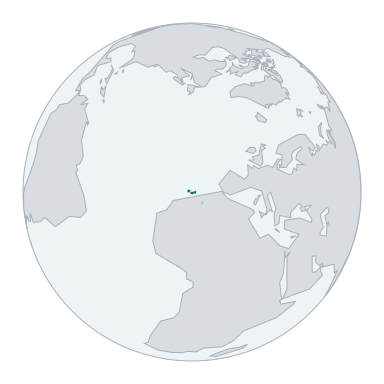 the Earth from above Las Palmas, rotated 46°
{"feature_id": "ESP-5829", "entity_name": "Las Palmas", "entity_type": "Autonomous Community", "adm_level": 1, "iso_a3": "ESP", "parent_name": "Spain", "parent_adm1": "", "projection": "orthographic", "projection_center": [-14.437, 28.512], "detail": "fine", "context": "on_globe", "style": "filled", "palette": "teal", "viewbox_px": 384, "rotation_deg": 46, "n_neighbors": 0, "source": "natural_earth", "source_scale": "10m", "svg_char_len": 10277}
<svg xmlns="http://www.w3.org/2000/svg" viewBox="0 0 384 384"><g transform="rotate(46 192 192)"><circle cx="192" cy="192" r="169" fill="#eef3f6" stroke="#a8b0b8"/><path d="M139.5,31.4L137.8,32.0L139.0,31.8L144.8,29.8L147.3,29.2L151.6,28.1L154.0,27.7L150.6,29.2L152.1,29.1L156.1,27.8L161.1,26.9L155.0,28.8L163.1,27.7L158.9,31.0L140.5,38.1L140.3,41.2L127.2,52.5L130.6,51.8L127.8,56.3L130.7,57.3L127.5,59.5L132.6,58.4L135.0,56.2L138.1,55.1L140.0,55.6L136.2,58.4L134.7,58.6L134.6,59.7L131.8,61.0L134.3,60.7L129.4,64.3L137.0,61.6L135.5,65.3L131.5,67.5L128.3,66.1L111.1,69.2L106.1,71.9L102.2,76.6L102.6,87.5L98.5,91.3L95.7,97.3L99.6,95.5L103.2,90.3L109.7,89.0L113.3,83.3L116.5,82.1L121.7,77.1L124.7,79.4L124.9,84.4L120.8,88.7L120.7,91.2L127.8,88.6L123.1,98.7L125.3,109.2L123.6,112.0L114.8,114.0L106.9,109.7L95.4,114.1L106.7,113.0L102.4,120.6L103.4,122.8L105.9,123.6L109.0,121.6L108.4,124.8L96.9,126.6L97.3,123.7L101.0,123.0L97.2,121.2L89.5,123.3L87.9,127.5L77.9,127.7L76.6,130.8L73.7,132.8L76.4,127.7L71.4,137.2L59.4,141.6L52.4,158.5L55.1,142.6L53.4,138.4L50.8,135.3L49.5,137.9L47.8,131.3L43.1,132.5L36.9,143.8L33.9,155.4L36.2,161.2L39.1,157.2L42.0,159.9L35.4,172.1L39.9,180.8L36.8,191.3L37.5,198.9L40.9,200.6L44.0,206.6L47.7,202.5L53.1,202.6L51.7,211.7L55.9,205.4L58.0,211.7L69.7,218.0L68.4,219.6L78.0,235.5L90.9,245.5L93.8,253.1L92.1,256.5L97.1,259.3L97.2,261.9L119.2,272.1L132.3,281.2L133.0,289.7L124.4,297.2L122.0,314.4L108.0,315.7L108.1,321.6L103.6,327.3L94.6,323.0L101.0,328.8L99.1,329.5L94.3,327.2L96.8,329.9L93.4,328.1L98.1,331.4L97.7,332.1L103.7,336.0L103.8,336.1L86.9,324.3L85.8,323.4L85.6,323.2L84.8,322.6L76.4,314.6L72.4,308.7L60.6,284.9L56.7,278.2L48.2,266.7L37.6,239.4L38.6,232.5L37.1,226.9L42.2,219.0L42.1,205.8L40.6,202.5L38.3,205.3L34.4,192.0L34.7,180.7L31.6,146.7L33.2,140.0L36.3,132.5L50.7,101.5L37.3,127.1L39.9,120.0L45.0,109.8L45.7,109.0L53.9,96.0L58.4,89.2L70.9,75.0L86.3,62.7L82.7,66.1L86.8,63.2L91.6,59.0L93.8,57.0L114.4,44.9L131.6,35.7L133.2,34.2L135.8,33.8L136.4,32.4L139.5,31.4ZM49.8,163.7L55.1,178.6L50.0,175.6L51.4,174.9L50.5,169.9L48.1,163.5L44.2,161.6L49.8,163.7ZM56.9,157.9L55.8,156.0L57.2,157.2L56.9,157.9ZM94.3,56.3L91.4,59.0L86.2,63.3L88.3,61.0L94.3,56.3ZM104.7,49.2L104.0,50.0L99.5,52.5L101.3,51.2L104.7,49.2ZM133.9,33.5L131.1,34.7L132.9,33.8L133.9,33.5ZM151.7,28.0L153.9,27.4L151.7,28.0ZM119.6,76.3L120.6,76.7L119.1,77.4L119.6,76.3ZM120.9,73.9L118.5,74.4L118.8,73.4L120.3,73.1L120.9,73.9ZM159.7,26.5L163.2,25.9L159.0,26.7L159.7,26.5ZM123.9,73.6L119.6,71.5L120.1,69.7L126.2,67.2L123.9,73.6ZM164.9,25.8L173.4,24.8L174.2,24.4L176.9,25.4L168.7,25.6L163.4,26.5L165.8,25.9L164.9,25.8ZM134.9,55.3L132.5,57.7L132.7,55.3L134.9,55.3ZM134.4,54.1L130.9,49.3L135.6,46.3L135.8,48.4L140.4,44.6L144.3,45.5L142.7,47.8L138.9,49.4L143.3,48.6L134.4,54.1ZM177.0,26.3L178.6,26.5L176.3,26.6L177.0,26.3ZM139.3,54.5L138.2,53.6L142.2,51.0L145.1,52.2L142.9,52.6L139.3,54.5ZM139.6,43.3L143.1,41.7L147.2,41.9L149.2,41.4L144.8,45.3L139.6,43.3ZM143.0,53.5L146.5,53.0L146.4,54.8L140.7,55.2L143.0,53.5ZM141.9,49.8L143.9,48.7L143.8,49.7L141.9,49.8ZM148.0,61.4L146.6,60.1L148.5,58.6L148.0,61.4ZM147.8,52.7L147.9,52.1L148.5,51.4L150.7,51.5L147.8,52.7ZM148.1,45.3L149.1,45.8L150.1,43.7L153.2,44.1L149.8,46.6L152.6,45.7L153.6,45.8L149.6,47.8L148.1,45.3ZM154.8,49.6L151.5,53.5L153.7,56.0L152.0,57.4L148.8,53.1L154.8,49.6ZM152.1,48.4L153.4,49.4L150.7,50.4L148.1,50.4L152.1,48.4ZM156.6,43.5L152.7,42.2L153.5,41.8L156.6,43.5ZM156.0,50.1L156.7,49.2L156.4,50.2L156.0,50.1ZM157.0,45.2L155.5,44.8L156.6,44.2L157.0,45.2ZM159.6,47.9L158.5,49.1L156.7,49.0L159.6,47.9ZM158.8,46.5L160.6,45.8L156.7,48.2L158.0,46.4L158.8,46.5ZM158.3,44.7L158.4,44.3L158.7,45.0L158.3,44.7ZM166.9,47.8L162.4,50.9L158.5,50.5L163.4,47.6L166.9,47.8ZM116.2,343.0L118.1,343.9L119.9,344.8L118.8,344.3L117.3,343.6L116.2,343.0ZM196.3,23.1L193.5,23.1L197.1,23.1L200.4,23.3L200.7,23.3L204.4,23.5L205.1,23.5L216.9,24.9L228.6,27.1L240.1,30.0L251.4,33.8L262.4,38.4L273.0,43.7L283.2,49.8L293.0,56.6L302.3,64.0L311.0,72.1L319.2,80.7L326.7,90.0L333.5,99.7L339.7,109.9L345.1,120.5L346.1,122.7L353.9,144.9L357.7,159.4L359.2,168.7L354.3,153.8L349.2,141.8L349.2,145.8L342.6,139.9L336.6,150.2L334.1,147.7L333.3,151.5L328.4,151.7L323.9,147.4L321.7,150.2L333.2,161.3L335.4,158.4L334.9,149.8L337.9,154.6L342.4,155.9L343.4,174.7L331.7,201.3L327.8,191.1L304.6,168.8L303.8,165.0L303.6,164.6L303.1,164.0L303.8,170.6L298.9,165.9L314.3,183.1L318.0,191.8L331.6,202.2L331.0,204.6L334.5,205.9L342.4,193.7L343.1,197.5L341.0,218.6L327.6,251.8L327.8,265.3L324.2,278.1L312.4,291.8L309.9,300.1L303.3,306.0L300.6,310.9L293.3,318.0L282.5,326.0L267.8,331.4L269.6,327.7L266.4,322.0L263.1,304.0L269.8,292.6L269.6,284.7L258.6,269.0L261.2,257.5L257.6,253.7L250.6,256.4L246.0,251.7L241.5,252.4L211.0,260.6L200.0,254.2L182.9,232.1L187.2,222.5L185.1,211.4L212.3,170.0L221.3,170.9L246.5,160.5L250.2,161.1L250.8,170.3L272.6,175.2L275.4,166.3L291.6,166.2L300.0,161.7L296.7,144.4L282.8,151.4L276.9,144.9L285.2,132.8L296.8,127.3L294.9,124.7L284.6,122.2L284.2,115.5L280.7,121.0L284.4,122.8L282.2,126.5L278.7,125.2L278.7,122.7L274.4,123.2L275.4,135.6L279.3,138.8L269.7,145.2L275.2,151.3L273.7,155.8L263.8,147.2L262.5,143.1L246.6,135.6L247.1,140.3L262.2,148.0L258.8,148.1L259.7,155.4L256.4,150.0L239.8,141.1L229.2,146.8L220.8,166.5L213.5,169.3L205.0,167.1L202.9,149.4L219.4,145.3L218.9,139.7L211.1,133.0L216.8,132.5L215.6,129.5L221.4,127.8L225.3,119.0L230.5,116.9L227.8,107.6L230.1,105.5L231.1,111.4L234.6,114.7L247.1,110.1L248.3,107.5L245.5,102.0L249.3,101.8L245.0,97.1L250.2,92.6L240.3,94.5L236.8,88.9L237.5,83.4L234.6,82.1L233.3,91.2L234.4,94.7L238.2,97.0L239.6,107.6L236.2,110.6L228.0,101.3L222.3,104.8L218.4,96.7L224.3,75.8L228.9,70.6L245.4,72.4L246.8,76.2L241.5,77.3L250.2,80.9L247.7,78.3L250.8,78.4L248.3,73.6L250.4,73.4L244.3,69.5L246.6,68.7L250.4,71.3L248.6,64.4L252.2,62.1L250.8,60.7L248.2,59.8L254.6,57.9L253.2,57.0L250.6,57.2L246.3,55.6L241.0,52.3L243.5,51.8L245.8,52.9L254.1,54.9L259.7,58.5L260.2,58.0L255.9,54.8L245.7,52.4L241.9,50.5L246.6,51.1L244.6,50.8L243.4,49.7L244.6,48.4L239.4,47.6L223.6,38.7L224.3,35.7L230.3,36.9L221.8,31.8L223.3,29.9L220.9,29.9L215.3,28.1L214.7,28.6L213.1,28.6L198.3,25.5L196.8,24.8L187.7,24.4L186.5,24.6L187.1,25.0L176.9,25.4L174.2,24.4L177.1,24.0L173.4,24.1L180.7,23.4L181.6,23.4L196.3,23.1ZM206.9,190.7L207.0,194.1L206.9,190.7ZM312.0,129.8L317.1,125.9L309.9,118.3L311.3,116.3L308.3,114.7L309.4,117.8L301.4,112.9L301.9,108.3L298.7,104.8L296.9,106.0L297.3,115.5L308.7,122.2L309.6,127.2L312.0,129.8ZM70.1,218.1L71.3,220.6L69.3,219.6L70.1,218.1ZM48.2,178.8L49.8,180.5L50.3,182.7L48.9,182.0L48.2,178.8ZM64.6,191.2L67.0,193.6L64.1,192.7L64.6,191.2ZM56.2,180.8L62.7,189.7L57.0,189.0L53.1,183.5L56.4,185.1L56.2,180.8ZM53.9,162.4L54.7,164.1L53.7,165.4L53.9,162.4ZM57.9,158.8L57.4,158.6L57.5,156.7L57.9,158.8ZM103.1,120.5L104.0,120.4L106.1,121.9L104.1,122.4L103.1,120.5ZM121.0,122.1L119.6,127.3L119.3,123.8L116.3,125.2L111.9,120.1L122.6,113.1L118.5,117.0L121.0,122.1ZM109.1,111.9L110.6,115.5L108.5,111.8L109.1,111.9ZM203.5,116.0L206.9,117.3L206.8,121.0L200.1,125.0L200.2,119.4L203.5,116.0ZM211.8,118.4L205.5,108.8L209.4,106.4L208.3,109.3L211.5,108.6L210.6,113.2L220.4,120.7L220.9,124.7L208.3,129.1L212.1,125.3L208.6,124.0L211.8,118.4ZM182.7,92.7L180.0,89.6L191.9,88.1L193.0,91.2L186.5,95.0L181.3,93.6L182.7,92.7ZM135.4,70.0L133.7,69.7L134.7,68.8L137.1,68.3L135.4,70.0ZM147.2,60.9L144.3,70.7L142.2,70.7L143.1,76.9L137.7,79.6L137.3,75.4L133.8,82.4L131.3,79.6L129.6,84.5L129.2,74.8L126.7,73.0L131.5,73.9L136.5,71.5L138.0,69.8L140.3,64.1L137.5,59.5L142.0,56.7L146.0,55.9L147.3,56.6L144.0,58.1L148.2,58.0L144.3,60.7L147.2,60.9ZM189.6,54.9L185.1,55.3L193.0,57.4L189.2,59.4L190.3,59.5L189.0,62.1L189.3,65.5L187.1,66.1L188.2,67.2L187.3,69.0L188.1,70.8L184.3,72.7L184.9,75.1L182.8,74.6L184.9,78.4L181.6,76.5L180.2,79.0L184.1,79.5L161.9,87.2L155.1,92.7L151.2,98.5L146.2,95.0L146.6,87.5L150.3,79.3L157.6,74.8L154.0,74.3L156.4,72.1L158.2,73.4L156.8,70.1L159.3,68.7L162.6,62.7L159.0,59.3L160.2,57.2L162.8,57.9L162.0,55.4L167.7,55.4L168.7,54.0L175.2,52.8L179.7,55.2L180.4,53.5L185.4,52.8L189.6,54.9ZM168.8,47.5L175.0,49.5L176.0,51.8L164.2,53.0L162.6,54.3L155.1,55.6L153.8,52.5L156.1,52.4L158.0,51.5L157.6,52.8L159.3,51.2L162.5,51.0L164.7,49.8L166.2,50.7L168.8,47.5ZM252.4,156.9L254.8,156.5L258.3,155.0L258.9,159.8L252.4,156.9ZM241.0,150.9L243.0,149.8L245.5,155.3L242.9,155.8L241.0,150.9ZM241.9,144.7L242.9,149.3L240.8,147.1L241.9,144.7ZM232.7,110.2L234.5,108.9L235.5,110.0L235.5,112.3L232.7,110.2ZM212.2,63.1L209.4,62.6L209.5,61.9L204.8,59.1L207.2,57.7L211.0,58.8L212.2,63.1ZM295.6,148.4L294.4,152.7L292.6,151.9L293.4,150.5L295.6,148.4ZM276.7,156.9L282.1,157.0L276.8,158.2L276.7,156.9ZM214.1,61.1L211.8,60.0L214.4,60.0L214.1,61.1ZM208.8,56.5L211.5,56.1L207.0,57.2L208.8,56.5ZM339.6,264.0L326.7,289.5L322.5,292.9L324.3,287.7L330.9,273.5L336.6,265.9L340.1,258.0L339.6,264.0ZM358.6,163.6L357.9,160.3L358.2,161.9L358.6,163.6ZM231.9,50.3L235.7,55.5L240.0,58.9L245.0,60.1L239.6,61.0L232.9,55.6L231.9,50.3ZM224.3,40.0L219.9,39.4L220.7,38.6L221.8,38.6L224.3,40.0ZM222.5,40.4L219.3,42.0L216.1,41.0L219.3,39.9L222.5,40.4ZM216.9,50.8L217.9,52.3L215.7,52.3L216.9,50.8ZM179.5,26.1L178.6,26.4L178.2,26.1L179.5,26.1ZM213.0,28.9L210.7,28.8L210.2,28.3L213.0,28.9ZM204.3,28.3L206.4,29.0L203.1,28.5L204.3,28.3ZM211.3,30.7L206.7,29.4L212.6,30.4L211.3,30.7Z" fill="#d9dde1" stroke="#a8b0b8" stroke-width="1"/><path d="M193.2,191.3L193.3,191.3L193.5,191.3L193.6,191.5L193.6,191.9L193.5,192.1L193.5,192.3L193.5,192.5L193.4,192.5L193.3,192.8L193.2,192.8L192.9,192.9L192.7,193.0L192.4,193.2L192.4,193.3L192.2,193.4L191.8,193.3L191.8,193.2L192.0,193.2L192.4,193.0L192.5,192.9L192.6,192.6L192.8,192.3L192.8,192.2L192.9,191.9L193.0,191.8L193.1,191.6L193.1,191.4L193.2,191.3ZM189.5,193.4L189.6,193.5L189.5,193.8L189.5,194.0L189.4,194.1L189.2,194.2L189.1,194.3L189.0,194.2L188.9,194.2L188.7,194.2L188.5,193.9L188.4,193.8L188.4,193.7L188.5,193.4L188.7,193.2L188.8,193.0L189.0,193.1L189.3,193.1L189.5,193.0L189.5,193.3L189.5,193.4ZM194.5,189.8L194.6,190.0L194.5,190.3L194.5,190.5L194.4,190.6L194.2,190.7L194.1,190.8L193.9,190.8L193.7,191.0L193.5,190.9L193.4,190.9L193.5,190.9L193.5,190.7L193.6,190.4L193.8,190.3L194.0,190.2L194.3,190.2L194.4,189.9L194.5,189.8ZM194.4,189.7L194.5,189.8L194.4,189.8L194.4,189.7L194.4,189.7Z" fill="#14b8a6" stroke="#0f766e" stroke-width="1.5"/></g></svg>